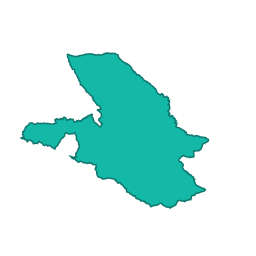 outline of Santo Domingo, Antioquia, Colombia, rotated 203°
{"feature_id": "7082276B22533299830679", "entity_name": "Santo Domingo", "entity_type": "district", "adm_level": 2, "iso_a3": "COL", "parent_name": "Colombia", "parent_adm1": "Antioquia", "projection": "orthographic", "projection_center": [-75.13, 6.474], "detail": "fine", "context": "isolated", "style": "filled", "palette": "teal", "viewbox_px": 256, "rotation_deg": 203, "n_neighbors": 0, "source": "geoboundaries", "source_scale": "gbopen_adm2", "svg_char_len": 5806}
<svg xmlns="http://www.w3.org/2000/svg" viewBox="0 0 256 256"><g transform="rotate(203 128 128)"><path d="M222.4,77.0L220.5,76.9L219.8,78.0L218.4,77.0L216.9,77.7L216.4,76.7L215.4,76.0L214.4,78.0L213.7,78.5L210.9,78.1L210.2,78.3L209.3,76.8L208.7,76.6L207.1,78.0L205.5,78.2L205.0,79.3L204.9,81.0L204.6,81.1L203.1,80.4L201.1,80.6L199.1,79.1L198.0,79.3L196.4,80.7L195.0,80.0L193.1,81.5L190.3,80.4L188.7,80.5L187.5,80.0L187.0,80.2L187.3,82.1L186.5,83.0L186.5,83.6L186.0,84.4L185.8,87.3L185.4,87.8L185.3,91.3L184.8,92.7L184.0,93.7L183.3,95.9L183.7,96.5L183.6,99.1L181.9,99.5L180.5,99.2L176.6,101.1L175.0,102.8L174.2,101.8L172.1,100.1L171.2,97.5L170.3,96.8L169.1,96.5L167.5,94.7L167.0,93.5L166.1,93.0L166.1,92.6L165.3,91.7L165.6,90.4L165.5,86.1L166.1,84.4L165.8,83.3L165.1,82.7L164.9,81.9L165.2,81.4L164.4,81.1L166.3,80.0L166.8,79.2L168.3,79.7L169.7,79.4L168.5,79.0L167.7,78.3L165.7,78.3L165.5,79.1L165.2,79.2L164.5,78.9L163.8,78.1L160.4,77.1L159.8,77.3L159.4,78.4L157.5,79.0L154.8,78.6L154.0,79.5L152.2,79.3L150.0,80.5L149.9,81.3L147.4,80.9L146.5,81.1L145.5,80.6L144.1,81.4L143.0,81.5L142.2,80.2L142.3,79.5L141.7,79.0L142.3,78.4L142.0,77.2L140.1,76.1L138.4,73.0L136.5,71.4L132.0,71.6L131.6,71.4L131.4,70.6L131.3,71.2L127.8,73.2L127.5,74.1L121.0,75.6L119.3,75.1L119.0,74.8L118.6,74.9L118.6,75.3L118.3,75.2L118.0,74.5L116.7,74.0L116.2,73.5L115.0,73.5L114.2,74.7L113.1,74.3L112.3,73.5L110.2,73.2L109.4,72.5L107.9,72.0L107.3,71.2L105.8,71.5L104.8,69.5L103.9,68.6L103.4,69.1L102.4,68.8L101.2,69.1L100.2,68.1L98.9,68.4L96.8,67.4L96.1,67.6L95.6,68.3L95.1,68.4L93.2,66.4L92.4,66.3L91.3,66.8L90.0,66.4L88.7,66.7L87.7,65.8L86.2,66.6L84.7,66.5L84.1,67.0L83.3,67.1L83.1,66.1L81.2,65.8L79.2,66.4L76.1,64.5L73.3,67.4L71.6,67.8L71.3,68.5L70.4,69.0L69.1,71.3L68.6,71.6L67.8,71.6L65.3,70.5L64.1,70.7L62.5,70.3L61.0,70.4L59.1,71.4L58.1,70.7L54.0,75.8L53.9,78.9L53.6,79.6L53.8,80.6L52.3,81.5L49.0,82.0L48.0,82.9L47.1,82.4L46.3,83.8L44.5,85.0L43.9,86.1L42.3,86.3L42.2,88.1L42.9,89.9L42.2,91.4L40.3,91.9L40.0,94.5L38.0,95.4L35.3,98.2L33.5,99.3L32.6,101.2L32.7,101.6L34.8,102.0L36.6,101.4L37.8,101.8L41.9,101.9L44.3,102.6L44.6,103.6L46.7,105.4L46.4,106.7L47.5,106.7L48.4,107.4L48.3,108.3L50.1,108.4L51.8,109.4L52.9,109.0L54.1,109.7L54.6,109.3L55.4,110.2L56.1,110.0L56.5,110.7L56.9,110.5L58.3,110.9L58.9,110.6L60.1,111.2L62.1,112.4L62.5,113.2L62.6,115.7L65.5,117.3L66.1,117.5L67.7,117.3L68.6,118.0L68.8,119.9L68.2,120.6L68.0,121.9L66.6,123.6L66.5,124.3L62.6,124.3L61.4,124.9L60.1,124.8L56.4,126.9L56.2,128.0L57.1,129.2L58.5,132.4L53.6,135.0L52.6,137.2L52.6,140.2L53.0,141.8L52.4,143.2L50.4,145.2L49.1,147.3L49.4,148.9L50.7,148.8L52.9,149.5L57.5,148.1L60.9,148.0L63.2,147.0L63.9,146.2L65.2,146.1L66.5,146.5L67.7,145.4L68.5,145.6L69.9,145.1L71.7,145.2L72.8,146.8L73.5,146.3L74.5,147.3L80.4,148.1L84.1,147.8L84.7,148.4L84.5,150.0L85.0,151.5L85.4,151.1L87.0,151.1L86.3,153.2L86.7,153.7L87.7,153.6L88.4,154.9L89.5,154.5L89.7,155.4L90.9,155.5L91.5,156.6L92.7,156.4L92.6,155.9L93.3,154.9L94.7,155.6L94.8,156.2L95.4,155.8L95.7,156.4L95.3,156.8L95.2,157.7L97.4,158.7L97.3,159.2L97.9,159.5L97.3,160.1L97.1,161.4L97.6,163.3L98.8,164.6L99.0,165.4L100.0,165.0L99.9,167.9L100.3,168.5L100.9,168.4L100.8,169.3L101.3,168.9L101.8,169.0L101.7,169.7L102.3,170.1L102.2,171.0L102.9,171.7L104.1,171.7L104.7,172.2L106.1,170.7L107.2,170.5L107.7,170.7L108.1,172.2L109.0,172.3L110.2,172.9L110.6,172.6L110.7,171.4L111.1,171.1L114.1,171.4L115.1,172.0L117.7,174.7L118.5,174.7L120.4,175.7L123.8,176.6L125.6,177.6L127.6,177.2L128.2,178.1L131.6,178.1L134.7,179.8L136.2,179.9L137.5,180.9L139.5,181.1L140.2,180.4L141.0,180.2L141.4,181.1L143.1,181.8L143.8,182.5L145.0,181.8L145.7,183.0L147.8,183.8L148.0,184.7L150.9,186.1L153.7,186.8L154.6,186.0L155.5,187.1L156.9,186.7L160.2,187.6L164.1,189.2L165.7,191.3L167.1,191.2L168.9,191.5L172.0,190.5L172.9,189.7L174.1,189.7L175.6,188.9L177.0,188.8L176.9,188.0L178.6,187.5L180.8,184.8L182.0,184.3L183.8,184.1L185.3,182.7L186.9,182.6L187.9,182.0L189.9,182.3L190.8,181.6L192.3,181.3L194.3,179.9L195.5,179.7L197.9,177.4L201.3,175.4L202.1,174.1L203.0,174.1L204.1,173.3L206.3,172.8L209.9,172.3L211.5,172.5L212.2,172.3L212.4,171.7L211.2,169.6L209.4,168.2L208.4,166.0L206.6,165.2L205.9,163.4L204.1,162.4L202.2,160.5L201.7,160.4L201.0,161.0L200.0,160.6L198.5,158.3L196.4,157.2L193.7,154.5L192.6,154.0L192.0,152.9L189.5,151.0L188.8,149.2L187.5,149.1L186.5,149.3L186.0,148.6L182.5,147.1L181.7,146.2L180.8,146.1L180.6,145.1L179.8,144.9L178.8,145.1L175.2,143.4L173.5,143.2L171.9,142.2L172.3,141.5L171.4,141.0L170.6,139.8L169.4,139.6L165.1,137.0L164.0,137.3L162.1,136.8L160.4,134.7L160.3,134.1L161.5,133.9L163.0,133.0L162.9,132.3L161.4,132.2L158.2,130.9L156.9,128.1L157.6,126.1L158.3,125.1L158.2,124.2L157.7,123.6L155.7,122.9L155.1,122.1L153.3,121.8L153.7,120.4L153.6,118.4L155.4,118.3L158.5,119.6L161.7,120.3L163.2,122.4L164.9,123.9L166.0,124.4L166.1,126.1L166.5,126.6L167.9,125.5L168.6,124.1L169.3,123.9L170.1,122.7L170.0,122.0L170.5,121.8L170.6,121.0L171.1,121.1L171.1,120.6L171.6,120.5L171.5,119.8L171.9,119.5L172.6,119.6L173.3,117.4L173.4,117.8L173.7,117.7L173.8,116.5L175.8,115.4L176.3,115.6L176.3,115.0L178.0,114.8L178.3,112.9L180.4,112.7L181.8,114.5L182.5,114.0L184.8,113.8L186.1,111.9L186.5,112.3L187.7,111.2L189.4,113.0L191.0,113.0L191.4,112.6L191.5,110.3L193.3,110.7L193.6,109.7L194.2,109.6L194.5,109.0L195.3,109.0L195.8,108.3L197.3,108.7L197.9,107.8L197.7,107.3L198.4,107.2L198.3,106.6L196.0,104.4L196.7,103.7L198.0,103.1L198.5,102.3L199.7,101.7L203.8,100.8L204.8,100.1L207.0,99.8L208.9,98.5L210.3,98.1L210.7,97.4L212.7,97.5L213.2,97.2L213.7,95.9L214.5,95.8L215.1,95.1L216.0,94.7L218.3,95.3L220.6,93.8L220.6,92.6L221.1,91.2L222.2,89.8L222.6,88.3L222.3,86.9L222.7,86.1L222.5,84.1L223.4,83.5L222.5,82.0L222.5,80.7L221.7,80.6L220.5,79.3L220.6,78.7L221.5,78.2L222.4,77.0Z" fill="#14b8a6" stroke="#0f766e" stroke-width="1.5"/></g></svg>